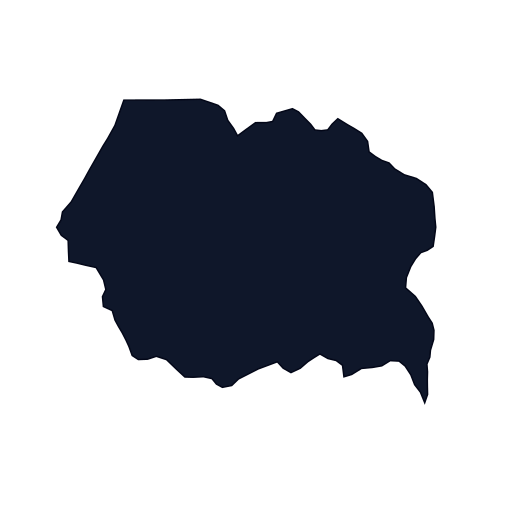 outline of Gravatal, Santa Catarina, Brazil, rotated 166°
{"feature_id": "56859067B54481618407288", "entity_name": "Gravatal", "entity_type": "district", "adm_level": 2, "iso_a3": "BRA", "parent_name": "Brazil", "parent_adm1": "Santa Catarina", "projection": "mercator", "projection_center": [-49.028, -28.349], "detail": "fine", "context": "isolated", "style": "filled", "palette": "ink", "viewbox_px": 512, "rotation_deg": 166, "n_neighbors": 0, "source": "geoboundaries", "source_scale": "gbopen_adm2", "svg_char_len": 1653}
<svg xmlns="http://www.w3.org/2000/svg" viewBox="0 0 512 512"><g transform="rotate(166 256 256)"><path d="M127.8,72.8L123.0,80.2L121.3,87.8L119.6,94.9L117.6,102.1L116.3,109.8L111.8,115.8L109.5,122.4L103.8,132.0L101.3,140.9L101.3,148.2L103.7,155.2L107.1,167.1L111.2,178.2L118.6,188.9L115.3,198.7L108.4,208.3L101.9,214.7L95.3,219.4L88.5,220.1L81.8,222.5L77.9,232.0L74.6,240.5L73.3,249.3L71.2,260.9L69.5,275.1L73.8,284.0L81.6,292.4L92.6,299.0L100.4,307.0L104.4,314.1L110.8,318.3L116.2,323.7L121.1,329.7L120.0,340.2L123.7,349.5L129.5,355.5L135.8,361.6L143.4,369.4L150.3,365.5L155.9,361.0L162.3,361.8L168.3,364.0L171.1,370.6L175.5,378.0L179.9,385.6L185.0,390.1L201.5,389.5L207.3,382.5L213.7,382.9L224.2,385.5L235.4,381.0L244.8,377.1L246.9,385.2L250.6,394.5L251.4,404.5L256.4,411.4L272.0,421.5L306.9,429.4L346.5,439.2L361.3,416.8L371.5,405.9L377.9,399.7L383.7,393.6L396.5,380.2L404.0,372.1L410.7,365.2L422.2,353.2L433.1,345.6L436.4,338.2L442.5,332.1L439.9,323.2L434.5,316.6L436.8,306.0L438.8,296.0L431.4,292.4L423.6,288.3L413.9,283.5L409.7,269.7L409.8,259.8L414.8,253.7L416.3,243.9L408.7,237.8L408.3,227.9L406.4,220.6L404.4,214.0L402.5,205.9L401.2,199.0L400.2,189.4L395.2,184.0L386.1,182.1L377.0,182.8L367.9,177.1L360.7,165.6L354.3,155.8L346.4,153.6L336.2,151.6L328.4,147.7L325.4,141.3L320.4,136.7L310.9,136.2L302.8,140.9L281.1,145.9L260.9,148.2L256.8,140.6L250.3,134.4L240.2,136.4L231.3,140.9L224.5,143.3L217.7,145.5L211.0,139.1L203.5,135.2L198.5,129.0L199.9,117.5L191.8,117.9L180.9,121.4L170.0,119.7L160.5,119.0L151.1,122.0L142.6,119.4L137.9,113.1L134.5,103.3L133.2,92.8L129.4,84.1L127.8,72.8Z" fill="#0f172a" stroke="#020617" stroke-width="1.5"/></g></svg>